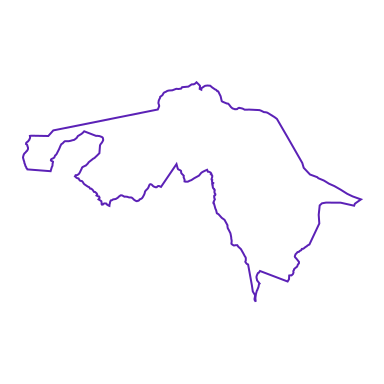 outline of San Antonino el Alto, Oaxaca, Mexico
{"feature_id": "50627088B50879419202268", "entity_name": "San Antonino el Alto", "entity_type": "district", "adm_level": 2, "iso_a3": "MEX", "parent_name": "Mexico", "parent_adm1": "Oaxaca", "projection": "robinson", "projection_center": [-97.071, 16.822], "detail": "fine", "context": "isolated", "style": "outline", "palette": "violet", "viewbox_px": 384, "rotation_deg": 0, "n_neighbors": 0, "source": "geoboundaries", "source_scale": "gbopen_adm2", "svg_char_len": 5928}
<svg xmlns="http://www.w3.org/2000/svg" viewBox="0 0 384 384"><path d="M276.9,118.9L274.5,117.1L267.4,112.7L266.0,112.3L263.9,112.1L261.1,110.7L259.4,110.1L249.4,109.6L244.7,109.7L242.6,108.6L241.0,108.2L240.5,108.1L239.8,108.0L239.6,108.0L239.1,107.8L238.4,108.1L237.6,108.6L237.1,109.1L236.5,109.2L235.8,109.1L235.1,109.3L234.6,109.1L232.5,108.4L231.7,107.7L230.9,107.0L229.0,104.5L228.0,103.6L226.8,103.5L222.3,101.6L221.7,101.0L220.6,96.2L219.5,94.0L218.5,91.9L217.8,91.1L217.2,91.1L216.6,90.3L216.0,89.8L215.2,89.5L212.0,87.3L210.9,86.3L210.1,85.7L209.2,85.7L207.7,85.5L206.1,85.7L205.2,85.8L204.3,86.3L203.0,87.2L201.7,88.0L201.4,88.8L201.3,89.7L199.7,88.9L200.0,86.1L199.9,85.7L198.5,84.2L196.5,82.3L195.0,83.7L194.2,84.0L193.8,84.3L191.6,84.4L188.4,86.6L182.1,87.2L181.1,88.6L178.6,89.0L176.3,88.8L172.3,90.3L169.0,90.5L167.3,90.9L166.2,91.6L164.2,92.5L163.5,93.2L162.4,95.2L160.2,96.8L160.1,97.7L158.8,100.4L158.4,102.9L158.5,103.6L158.9,104.6L159.2,106.0L158.7,107.4L157.8,109.5L53.3,130.4L48.3,136.0L31.2,135.7L29.9,135.9L30.0,136.7L30.1,137.5L29.9,138.3L29.8,138.7L29.4,139.2L29.3,139.8L29.0,140.1L28.6,140.5L28.2,141.3L27.8,141.5L27.5,141.8L27.1,142.0L26.2,142.9L26.0,144.0L27.0,144.7L27.3,145.3L27.4,146.0L27.9,147.3L28.0,147.9L28.0,148.7L27.9,149.3L27.0,150.9L26.4,151.3L25.5,152.5L24.9,153.0L24.3,153.6L23.7,154.7L23.2,156.4L23.0,157.6L23.7,160.2L24.2,161.6L24.5,163.3L25.0,164.3L25.4,165.9L26.1,167.0L26.5,168.2L27.2,168.9L27.4,169.4L50.6,171.2L51.8,167.1L52.3,166.2L52.5,165.4L52.6,163.4L52.8,163.0L52.9,162.4L53.0,161.7L52.5,161.3L52.1,161.2L51.3,160.8L50.9,160.4L51.0,159.6L51.3,159.2L52.0,158.8L53.3,158.2L54.3,157.5L55.1,155.5L55.6,155.2L56.5,154.2L59.1,149.1L60.7,145.3L61.5,144.0L62.5,143.5L64.3,141.6L65.0,141.2L68.7,141.2L71.0,140.7L72.2,140.3L74.1,139.9L75.5,138.9L76.8,137.8L77.8,136.1L81.5,133.9L82.9,132.7L84.2,131.3L96.1,135.9L97.1,135.8L99.6,136.1L100.5,136.5L101.7,136.9L102.7,137.6L103.0,138.6L103.2,140.0L102.8,141.0L101.9,142.6L100.8,143.9L100.2,144.9L100.0,145.4L99.4,153.2L96.6,156.0L95.7,156.8L94.5,158.0L93.0,158.8L91.8,159.8L88.6,162.3L88.0,163.3L87.1,164.3L86.4,164.9L85.9,165.5L84.9,165.9L82.7,167.0L82.1,167.5L81.6,168.8L79.8,172.5L79.0,173.8L78.3,174.3L77.6,174.9L76.4,175.2L75.6,175.2L75.0,176.4L75.6,176.6L76.0,177.4L76.7,177.9L77.6,178.3L78.5,178.4L79.1,179.4L79.5,180.1L80.3,180.8L81.6,181.0L82.1,181.2L82.7,182.0L83.1,182.4L83.5,183.3L84.3,184.2L87.8,186.6L89.2,187.2L90.2,188.7L91.3,188.7L92.6,189.8L94.0,191.9L95.1,192.0L96.6,193.3L97.2,194.4L96.5,195.5L98.1,196.3L98.8,196.3L99.3,197.0L99.6,197.9L98.5,199.4L100.1,200.3L101.3,201.2L101.6,202.5L101.6,204.1L101.9,204.6L102.8,204.6L103.6,203.7L104.6,203.4L105.7,203.5L106.4,203.6L106.9,204.5L107.7,205.0L108.4,205.5L109.4,205.9L109.6,204.0L109.8,203.6L110.0,202.5L110.2,201.7L110.6,200.8L111.0,200.3L111.7,200.3L112.4,199.9L113.1,199.4L115.7,199.0L117.7,197.8L118.9,196.6L120.7,195.3L121.8,195.3L122.6,195.7L124.0,196.4L124.3,196.7L125.2,196.6L127.3,196.8L128.6,197.3L130.0,197.5L130.9,197.4L131.8,197.7L132.6,198.3L133.2,198.9L134.1,199.8L135.7,200.8L136.9,201.2L137.7,200.8L138.3,200.8L139.1,200.3L139.6,199.4L140.3,199.2L141.3,198.7L142.0,198.2L142.8,197.1L144.1,194.7L144.6,193.5L145.0,191.7L145.6,190.7L146.5,189.8L147.6,188.7L148.3,187.7L148.7,186.7L149.2,185.4L149.7,184.5L150.5,184.2L151.5,184.5L152.3,185.2L153.1,186.1L153.9,186.6L154.9,187.0L155.9,187.3L156.7,187.2L157.4,186.5L158.2,186.0L159.3,186.1L161.0,186.9L176.5,164.1L177.5,167.8L177.9,168.9L178.2,169.3L180.4,170.4L181.0,170.9L181.1,171.6L181.2,172.9L181.5,173.3L182.2,174.2L183.1,175.0L183.8,175.8L183.6,177.1L184.6,179.8L184.5,181.4L185.5,181.7L187.5,181.7L188.0,181.6L188.8,181.2L189.5,180.8L190.9,180.3L191.4,180.1L194.1,178.3L195.0,177.8L199.0,175.6L201.1,173.0L202.3,172.1L204.6,170.9L207.1,169.8L207.9,171.7L209.0,171.8L210.5,172.5L211.1,173.3L210.8,174.0L211.7,174.5L211.7,175.3L212.3,175.9L212.2,177.1L211.5,179.2L211.7,179.8L212.2,180.0L212.0,181.1L212.2,182.5L213.3,183.0L213.2,183.5L212.2,183.9L212.4,185.1L212.6,185.3L212.6,185.7L212.8,185.9L212.8,186.3L212.7,186.8L212.9,187.5L213.3,188.4L214.0,188.8L214.1,189.5L214.3,189.9L214.6,189.9L214.7,190.6L214.4,191.9L214.6,192.9L215.4,194.2L215.2,195.1L214.4,195.5L214.1,196.1L214.3,196.5L214.2,197.5L214.4,198.0L214.4,198.4L214.9,199.2L214.6,199.8L214.1,200.8L213.8,201.6L213.5,202.1L213.4,202.5L213.4,203.1L213.5,203.3L213.9,203.2L214.0,203.6L215.4,208.7L216.1,210.1L216.8,213.1L216.9,213.3L218.5,214.2L221.7,217.8L224.5,219.8L227.5,225.3L227.4,225.9L227.5,226.7L227.8,228.3L228.7,229.8L230.4,233.2L230.8,235.1L231.2,237.3L231.3,238.9L231.5,239.7L231.7,241.0L231.4,243.7L232.2,244.5L233.6,245.4L234.0,245.5L235.5,245.2L237.3,245.2L238.2,246.6L240.9,249.1L243.4,253.5L244.8,256.2L245.4,257.0L245.8,258.0L245.8,260.4L245.3,261.8L246.3,263.3L247.0,264.0L248.1,264.5L251.9,285.4L252.8,291.5L254.9,294.9L255.1,295.4L254.9,296.9L254.5,298.9L254.6,299.9L255.7,301.7L255.5,299.6L255.4,298.6L255.5,297.1L256.0,293.8L256.9,290.5L257.1,290.3L257.3,290.1L257.4,289.7L257.5,289.4L258.5,286.9L259.0,284.1L259.6,283.6L257.1,280.4L256.8,278.9L256.5,277.8L256.5,276.6L256.9,275.3L257.9,273.1L258.8,272.7L260.0,271.0L287.6,281.5L289.0,279.2L289.2,275.5L290.4,275.3L291.5,275.4L292.9,274.1L293.5,272.6L293.3,271.1L294.0,269.9L294.0,269.3L295.2,268.1L297.1,266.6L297.5,265.6L297.9,264.5L298.9,263.4L299.0,262.0L297.8,260.4L296.1,258.3L295.4,257.6L295.0,257.1L294.8,256.4L295.5,254.3L296.7,253.1L297.5,252.1L298.8,251.9L299.7,250.9L300.5,250.6L301.3,250.1L301.6,249.3L301.9,248.9L303.1,248.8L303.8,248.4L305.6,246.9L306.6,246.4L307.0,246.0L307.3,245.7L307.5,245.5L309.4,244.5L319.3,223.5L318.7,214.8L319.7,205.4L322.0,203.3L326.0,202.6L340.7,202.7L354.1,205.7L354.9,203.7L356.4,202.6L361.0,199.4L352.6,196.4L347.2,193.8L340.7,189.7L334.4,186.1L329.0,183.7L325.8,181.7L323.8,180.5L318.3,178.2L317.3,177.2L310.0,174.5L303.7,167.8L302.3,163.0L287.3,136.8L276.9,118.9Z" fill="none" stroke="#5b21b6" stroke-width="2"/></svg>